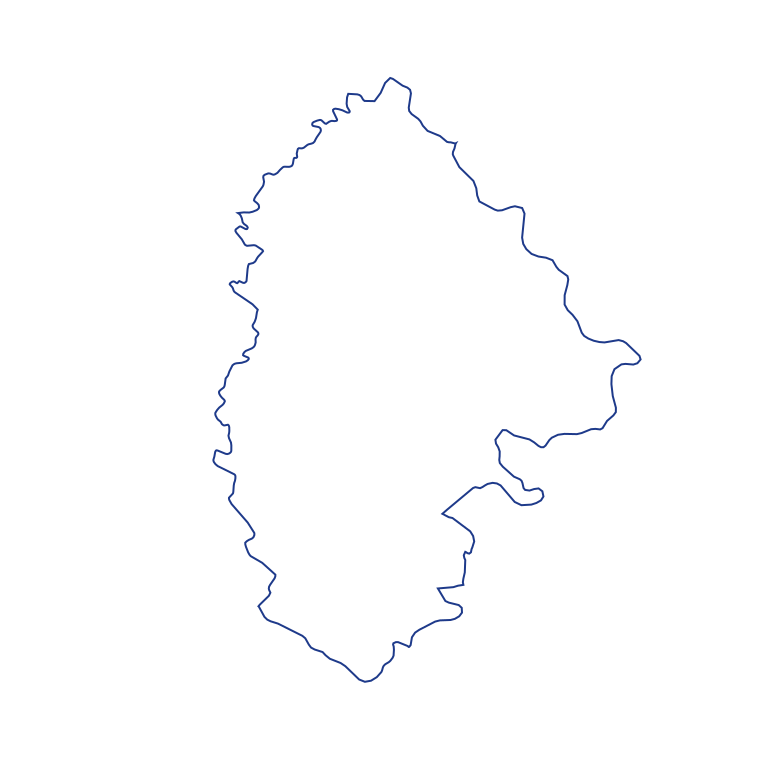 Luhans'k, Equal Earth projection, rotated 31°
{"feature_id": "UKR-329", "entity_name": "Luhans'k", "entity_type": "Region", "adm_level": 1, "iso_a3": "UKR", "parent_name": "Ukraine", "parent_adm1": "", "projection": "equal_earth", "projection_center": [38.683, 48.937], "detail": "fine", "context": "isolated", "style": "outline", "palette": "blue", "viewbox_px": 768, "rotation_deg": 31, "n_neighbors": 0, "source": "natural_earth", "source_scale": "10m", "svg_char_len": 6165}
<svg xmlns="http://www.w3.org/2000/svg" viewBox="0 0 768 768"><g transform="rotate(31 384 384)"><path d="M234.6,117.9L246.3,118.7L251.4,117.9L254.8,118.4L257.4,121.0L262.9,134.4L265.0,137.0L268.7,138.4L276.8,139.1L280.0,140.1L284.3,142.6L291.0,144.6L304.3,142.6L313.3,144.0L315.1,143.4L316.7,142.5L321.2,141.2L321.6,140.6L321.6,141.2L323.1,145.8L323.6,149.5L324.6,151.6L325.8,152.6L336.9,159.3L356.1,163.9L362.3,168.7L366.8,174.4L371.7,178.4L389.1,177.5L392.2,176.8L395.7,174.3L401.5,167.2L404.7,164.2L411.8,162.0L416.7,165.6L427.0,187.4L431.2,192.2L436.5,195.1L443.5,196.5L450.7,195.2L457.8,192.3L464.7,191.1L471.4,194.8L475.0,196.1L485.7,197.0L488.1,199.5L490.2,204.8L493.1,214.8L497.9,222.9L503.5,226.1L510.0,227.6L517.5,230.6L527.1,238.2L530.8,239.7L535.8,239.8L541.5,238.9L547.0,237.1L551.6,234.8L562.5,225.5L566.9,224.2L570.5,224.2L588.5,228.3L591.3,230.8L590.5,235.7L587.7,238.9L580.6,242.4L577.4,244.9L573.9,252.6L575.1,260.0L579.0,267.0L586.3,276.5L595.0,284.9L597.2,288.7L596.8,292.8L594.2,300.8L594.1,309.3L592.7,311.6L588.3,313.6L584.8,316.1L578.7,324.2L575.2,327.6L564.4,333.8L559.3,337.9L555.5,343.6L554.6,346.9L554.2,353.6L553.3,356.0L551.2,357.3L548.3,357.5L542.8,356.7L537.2,356.6L522.0,361.1L512.6,360.6L509.4,362.5L508.2,374.4L510.7,377.4L514.5,379.4L517.9,382.2L520.4,386.5L521.9,389.7L524.0,392.1L528.4,393.7L543.1,396.5L549.5,395.7L551.7,396.1L553.6,397.5L557.2,401.3L559.5,402.1L563.6,400.4L566.8,396.7L570.3,393.9L575.0,394.4L578.6,398.3L578.5,402.9L575.9,407.5L572.4,411.5L564.2,417.1L556.8,417.8L536.2,410.9L532.0,411.1L528.0,412.8L524.3,416.3L522.8,418.9L521.5,421.6L520.0,423.8L515.4,425.4L513.9,427.3L502.8,459.3L500.9,465.2L508.1,464.8L511.7,463.6L533.8,465.9L538.7,468.4L542.4,472.5L543.9,478.7L544.1,480.4L545.2,483.5L544.4,485.5L542.7,486.0L540.9,485.9L540.1,486.0L540.6,489.7L542.4,491.7L544.3,493.0L550.3,503.9L552.3,510.0L553.7,513.3L555.5,515.3L551.3,518.8L548.1,522.4L535.5,531.5L548.4,538.4L552.2,538.0L561.9,535.0L565.9,535.8L568.6,539.8L568.1,544.4L565.7,548.8L562.6,552.0L553.7,557.8L550.2,561.3L540.9,576.4L538.7,581.1L538.4,586.7L541.3,594.1L541.0,596.3L540.5,596.7L539.3,596.4L529.1,598.0L527.1,599.2L525.6,601.4L526.0,602.7L527.5,604.0L529.4,606.7L532.1,611.9L532.4,614.3L532.0,618.0L531.4,619.9L529.4,623.6L528.9,625.7L529.0,627.4L529.9,630.6L530.1,632.2L528.8,639.0L525.7,645.0L521.0,649.1L514.9,650.1L496.2,645.8L490.5,645.5L479.1,647.4L473.6,646.6L469.4,645.4L461.3,647.3L457.2,647.5L453.8,646.1L447.5,642.5L443.7,641.9L416.5,644.0L409.0,645.8L405.3,646.1L401.5,645.2L391.4,639.3L390.9,639.2L391.2,637.1L394.4,624.8L394.1,621.4L391.6,619.7L390.7,618.8L389.9,617.0L389.8,614.9L390.3,606.9L389.9,604.8L389.1,603.4L371.7,600.0L358.4,600.2L356.6,599.6L354.3,598.3L349.6,594.7L347.8,593.0L346.8,591.5L347.3,589.6L347.7,588.7L348.6,587.0L350.3,584.7L350.7,583.7L351.0,582.5L350.7,580.4L350.1,579.2L349.4,578.4L338.6,573.0L315.2,565.4L311.3,563.2L310.2,562.2L309.7,561.3L310.9,555.6L310.4,554.1L307.5,548.4L306.6,546.1L306.1,543.7L305.2,541.4L304.1,539.5L303.3,538.8L302.3,538.5L283.7,540.0L280.8,539.5L278.4,538.5L277.4,537.7L276.8,536.8L276.0,533.7L274.3,529.2L274.2,527.7L274.6,527.1L275.7,526.7L284.2,525.4L285.7,524.8L286.9,523.6L287.6,522.1L287.8,520.8L287.4,519.7L284.8,515.3L283.0,513.0L279.1,510.3L277.3,508.4L276.4,505.6L275.6,503.9L273.6,500.7L272.3,499.5L271.2,499.3L268.7,501.6L267.9,502.0L266.9,502.0L265.8,501.9L263.4,500.5L259.9,500.0L258.3,499.3L255.8,497.7L254.8,496.6L254.3,495.6L254.3,493.8L254.4,492.0L254.9,489.1L256.4,485.0L256.7,483.2L256.5,480.9L255.9,480.2L254.9,479.8L252.1,479.2L249.7,478.3L247.8,477.2L246.9,476.2L246.5,475.3L246.9,473.4L248.4,469.6L248.4,468.3L248.0,466.9L245.4,460.8L245.9,457.1L245.0,452.9L244.5,446.1L245.1,444.4L245.8,443.3L246.9,442.2L251.1,439.1L254.1,435.7L255.0,433.8L255.2,432.3L254.8,431.6L253.9,431.3L249.3,432.0L248.4,431.9L247.8,430.6L247.9,428.6L248.5,426.8L252.3,421.6L253.1,419.8L253.4,418.6L253.3,417.0L252.6,414.5L250.9,411.9L250.3,410.3L250.3,409.0L250.6,407.9L250.7,406.3L250.3,405.4L249.5,404.7L243.6,403.5L242.1,402.6L241.4,401.8L241.1,400.9L241.1,397.4L240.8,395.7L240.3,393.4L238.1,387.9L237.5,385.3L230.3,383.4L209.4,382.2L208.2,382.0L207.0,381.4L205.2,379.8L203.9,379.1L200.5,378.1L200.2,377.4L200.3,376.5L201.1,374.7L201.7,374.0L202.3,373.5L203.3,373.3L205.4,373.4L206.2,373.2L206.5,372.5L206.7,370.9L207.0,370.3L210.8,369.9L211.7,369.6L212.4,369.1L213.0,367.7L213.1,366.5L207.8,355.6L206.7,352.7L206.4,350.8L209.5,347.7L210.3,345.9L210.5,345.0L210.4,341.5L210.5,339.7L211.8,333.6L211.9,332.4L211.2,331.9L210.3,331.7L202.7,331.4L201.0,332.0L195.4,336.1L193.6,336.3L192.6,336.0L187.6,333.2L179.6,330.4L178.0,329.5L177.4,328.6L177.4,327.6L178.9,323.8L179.4,323.1L180.2,322.8L185.3,322.5L186.2,322.2L186.8,321.6L186.7,320.2L185.9,319.6L184.9,319.2L181.5,318.9L179.6,318.2L176.8,315.2L174.6,313.6L172.9,312.8L170.8,312.7L175.3,309.2L180.2,306.4L182.7,304.0L185.4,300.4L186.0,298.7L186.1,297.5L185.8,296.7L184.8,295.5L184.1,294.9L182.0,294.3L178.8,293.9L177.9,293.5L177.4,291.7L177.3,288.9L178.3,277.0L178.1,275.4L177.0,272.4L174.0,269.0L173.5,267.7L173.7,266.8L174.1,265.9L176.3,263.1L177.9,262.3L180.7,261.8L181.7,261.4L182.7,260.2L183.9,257.9L184.6,254.0L185.6,250.5L186.1,249.6L186.8,249.0L190.7,246.8L191.5,246.1L192.5,244.8L192.7,243.9L192.5,242.2L190.7,237.6L190.7,236.4L192.4,235.3L192.7,234.6L192.6,234.0L190.5,231.4L189.4,228.1L189.1,226.8L189.6,225.7L191.8,224.6L192.7,223.9L193.6,222.7L195.2,218.5L195.9,217.4L198.1,215.2L199.1,213.9L199.6,211.9L199.4,210.0L199.3,207.2L199.7,200.7L199.5,199.7L199.2,199.0L198.2,197.9L197.3,197.5L196.3,197.4L195.4,197.5L190.4,199.3L189.6,199.2L188.8,198.6L188.3,197.3L188.5,196.3L188.9,195.5L191.1,192.6L193.0,190.7L193.8,190.3L194.7,190.2L199.1,191.1L200.4,190.8L202.0,187.3L203.2,185.8L203.8,185.3L206.3,184.1L207.8,182.8L207.9,182.1L207.5,181.4L199.9,176.4L199.1,175.2L199.6,173.9L200.6,173.0L203.8,171.7L207.4,170.8L212.5,170.3L213.4,169.9L214.3,169.2L214.4,168.4L214.1,167.8L209.8,165.5L207.6,163.0L204.7,157.3L203.9,153.7L211.9,149.5L214.2,148.9L216.3,149.2L219.6,151.0L221.5,151.4L230.2,146.4L231.2,136.2L229.9,125.4L231.7,118.5L234.6,117.9Z" fill="none" stroke="#1e3a8a" stroke-width="2"/></g></svg>